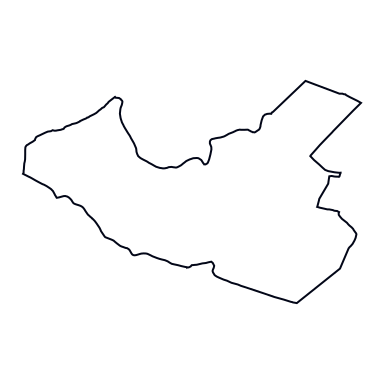 the district of Roseau Valley, Anse-la-Raye, Saint Lucia
{"feature_id": "8701671B68986810783457", "entity_name": "Roseau Valley", "entity_type": "district", "adm_level": 2, "iso_a3": "LCA", "parent_name": "Saint Lucia", "parent_adm1": "Anse-la-Raye", "projection": "orthographic", "projection_center": [-61.028, 13.953], "detail": "fine", "context": "isolated", "style": "outline", "palette": "ink", "viewbox_px": 384, "rotation_deg": 0, "n_neighbors": 0, "source": "geoboundaries", "source_scale": "gbopen_adm2", "svg_char_len": 5908}
<svg xmlns="http://www.w3.org/2000/svg" viewBox="0 0 384 384"><path d="M340.6,172.7L339.3,172.8L334.6,172.3L328.2,171.1L325.1,169.9L322.5,167.6L319.2,164.5L314.0,160.0L310.3,156.1L310.7,155.4L315.6,149.9L319.9,145.0L327.7,136.9L332.1,132.4L333.2,131.1L345.0,119.0L353.5,110.3L359.4,104.5L361.0,102.9L357.5,100.9L349.8,97.1L346.1,95.1L345.4,94.3L344.6,94.3L343.4,94.1L342.6,93.7L339.5,93.7L314.5,84.3L305.5,80.9L273.0,111.9L272.8,112.0L272.2,112.3L271.8,112.6L271.5,113.4L271.4,113.6L271.3,113.8L270.7,113.8L270.5,113.7L269.4,113.7L268.3,113.8L267.1,113.9L265.8,114.4L265.0,114.6L263.1,116.4L261.7,120.2L260.6,124.8L260.4,126.6L260.0,127.8L259.6,128.8L259.2,129.3L259.0,129.5L258.7,129.9L257.9,130.3L256.6,131.2L255.3,132.1L254.6,132.4L253.5,132.2L252.6,132.2L252.0,131.8L251.8,131.7L250.9,131.4L250.1,130.9L248.9,130.3L248.2,129.8L247.5,129.7L246.7,129.7L244.7,129.8L242.4,129.8L240.7,129.8L240.3,129.7L239.4,129.7L238.7,129.9L237.6,130.1L236.8,130.4L236.0,130.7L234.9,131.3L234.0,131.7L233.0,132.2L231.7,132.7L230.1,133.3L228.6,133.9L227.8,134.4L227.5,134.6L224.6,136.2L223.6,136.6L223.3,136.7L222.5,136.9L220.8,137.4L219.4,137.7L219.0,137.7L218.4,137.8L218.2,137.8L217.1,138.0L215.4,138.3L214.3,138.6L212.8,138.9L211.7,139.2L210.5,140.2L210.1,141.0L209.9,141.6L209.9,143.6L210.6,145.2L211.3,147.0L211.4,149.5L210.4,154.5L209.1,159.5L208.0,162.3L207.9,162.5L207.7,162.9L207.3,163.4L206.7,163.7L206.5,163.8L205.6,164.4L204.9,164.3L204.2,164.4L203.5,163.4L203.2,163.1L201.4,160.2L201.1,159.9L200.9,159.8L199.4,158.8L198.6,158.3L197.9,158.1L196.7,158.0L193.6,158.2L193.3,158.2L190.7,159.1L190.1,159.3L189.7,159.4L188.7,159.9L187.2,160.6L186.2,161.1L185.0,162.1L184.1,162.8L182.9,163.7L182.7,163.9L182.6,164.0L181.0,165.3L178.8,166.5L178.0,166.9L177.4,167.2L176.4,167.5L175.3,167.5L174.7,167.4L173.8,167.3L171.3,166.9L170.7,167.0L169.3,167.1L168.6,167.2L167.5,167.7L166.9,167.9L165.7,168.1L165.0,168.3L163.0,168.4L161.3,168.1L159.8,167.9L158.5,167.5L156.9,167.0L156.2,166.8L154.4,165.8L152.0,164.4L150.5,163.6L148.9,162.8L147.9,162.1L147.1,161.6L146.6,161.3L145.4,160.7L143.4,159.7L141.2,158.5L140.6,158.1L140.0,157.7L139.2,157.0L138.1,156.0L137.6,154.8L137.3,154.3L137.1,153.7L137.0,153.3L136.7,152.6L136.4,151.1L136.4,150.5L136.1,148.3L134.0,143.4L133.1,141.8L131.0,138.2L130.1,136.3L129.3,135.0L128.2,133.4L127.2,131.8L126.1,130.0L125.0,128.2L123.8,126.1L123.2,124.7L122.9,124.2L121.9,122.3L121.5,120.9L121.4,120.7L120.6,118.1L119.9,113.7L120.3,109.7L120.6,108.0L121.0,106.9L121.7,105.2L121.8,104.9L122.3,102.7L122.4,101.4L122.0,100.6L121.4,100.1L120.5,98.9L119.6,98.5L119.0,98.0L118.0,97.9L116.6,97.8L115.6,97.7L115.3,97.4L115.2,97.2L115.0,96.9L114.8,97.0L114.6,97.3L114.0,97.7L110.5,100.4L108.6,101.9L107.7,103.2L106.9,103.9L106.2,104.5L104.7,106.3L103.9,107.2L102.2,107.9L100.9,109.1L99.7,110.0L99.2,110.3L97.6,111.8L96.2,113.0L93.9,114.3L90.8,115.8L89.6,116.4L88.5,117.3L87.1,117.6L86.8,118.0L85.7,118.6L83.4,119.5L80.7,120.8L80.1,121.0L79.9,121.4L77.3,122.7L76.0,123.2L72.9,123.9L72.2,124.0L70.6,124.9L69.4,125.4L66.4,126.3L64.5,127.5L63.8,128.7L62.8,129.2L62.4,129.2L60.8,129.8L57.6,130.3L55.7,130.7L54.3,130.7L52.7,130.2L50.9,131.2L47.8,131.6L45.4,132.6L41.0,134.7L40.0,135.2L37.9,136.1L36.3,137.0L35.5,138.3L35.1,139.2L35.0,140.0L32.7,141.7L29.8,143.3L28.1,144.5L26.9,145.1L26.0,146.1L25.4,147.2L25.2,149.9L25.2,154.4L25.1,159.3L24.8,161.4L24.3,163.4L24.0,167.0L23.9,169.1L23.6,170.9L23.6,172.6L23.0,173.8L28.7,176.7L29.8,177.2L30.6,177.6L32.2,178.5L35.3,180.3L38.6,182.1L40.5,183.1L42.4,184.1L44.0,184.7L45.1,185.3L46.6,186.1L49.8,188.2L51.3,189.3L51.9,190.0L53.0,191.1L53.3,191.7L54.4,193.7L55.1,195.2L55.6,195.9L56.1,196.8L56.7,197.8L57.0,197.8L57.3,197.7L59.0,197.4L61.8,196.6L63.7,196.1L65.2,196.0L67.4,196.6L69.0,197.6L70.4,198.9L71.6,200.3L72.2,201.4L72.4,201.7L73.4,203.1L74.3,203.7L75.5,204.2L76.4,204.5L78.7,205.2L80.6,205.9L82.0,206.7L83.1,207.6L84.4,209.3L85.6,211.3L87.2,213.6L87.9,214.6L89.4,215.9L90.3,216.8L91.6,217.8L92.0,218.2L92.0,218.4L93.2,219.3L93.4,219.6L94.5,220.7L95.6,222.1L96.9,223.9L98.1,225.7L99.4,227.6L100.3,229.4L101.1,231.3L104.7,236.6L105.3,237.2L111.7,239.7L113.6,240.6L115.2,242.0L116.9,243.4L118.6,244.7L119.9,245.7L121.3,246.4L123.4,247.1L125.5,247.9L127.2,248.2L127.9,248.7L128.5,249.0L129.5,250.0L130.4,251.5L131.4,253.3L132.2,254.4L133.3,255.1L134.6,255.3L136.1,255.1L138.2,254.5L139.8,254.0L141.3,253.6L143.6,253.4L145.9,253.5L147.4,253.8L148.7,254.4L150.6,255.3L152.3,256.2L152.5,256.3L154.6,257.1L156.9,258.0L159.6,258.9L161.9,259.5L164.9,260.2L167.6,261.3L169.6,262.6L171.7,263.8L174.3,264.4L178.1,265.2L181.4,266.1L185.0,266.9L186.8,267.2L187.3,267.3L187.3,267.5L187.5,267.4L188.7,267.4L190.6,266.5L191.7,265.2L192.8,265.1L194.0,265.0L194.6,264.9L196.2,264.8L197.0,264.7L202.4,263.4L205.9,263.0L208.4,262.3L211.3,261.7L212.8,263.0L214.2,265.8L213.7,267.9L212.9,269.7L212.6,270.9L212.6,271.1L213.0,272.4L214.7,275.2L216.8,276.6L218.7,277.5L223.6,279.6L227.0,280.7L231.5,282.8L237.8,284.5L241.1,285.9L244.0,286.8L262.1,292.8L274.4,297.0L283.8,299.6L291.1,301.9L292.3,302.1L292.8,302.4L295.2,302.8L296.8,303.1L340.0,268.6L348.6,248.4L349.5,247.2L350.7,246.1L352.6,243.9L354.5,240.5L355.6,237.9L356.4,234.4L356.2,233.5L353.8,230.2L353.1,228.9L351.6,227.3L349.5,225.6L348.2,224.3L347.0,222.8L343.8,220.3L342.0,218.9L340.1,216.7L338.8,214.9L338.7,214.1L338.7,213.3L338.9,212.6L339.1,212.1L337.9,211.5L337.1,211.0L335.7,210.9L334.2,210.7L332.9,210.1L329.2,209.4L327.6,209.4L326.5,209.2L324.4,208.7L319.9,207.7L317.2,206.9L317.3,206.7L318.9,200.6L319.3,198.8L328.2,183.7L328.3,183.0L328.4,182.2L329.1,177.5L329.3,176.3L330.1,176.2L330.6,176.1L331.3,176.0L331.9,176.0L332.2,176.1L333.0,176.2L333.7,176.4L334.5,176.5L335.4,176.6L335.7,176.6L336.0,176.6L337.2,176.7L337.4,176.7L338.1,176.7L338.4,176.7L338.6,176.8L338.9,176.7L339.2,176.7L339.3,176.5L339.6,176.0L339.9,174.7L340.2,173.8L340.6,173.0L340.6,172.7Z" fill="none" stroke="#020617" stroke-width="2"/></svg>